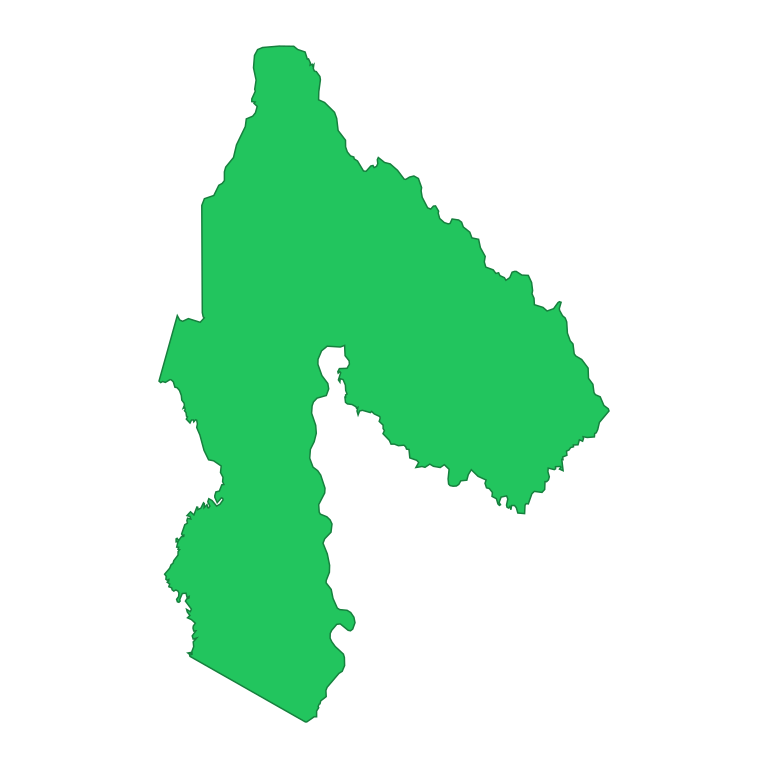 Nechí, Antioquia, Colombia (Equal Earth projection)
{"feature_id": "7082276B35655798439233", "entity_name": "Nechí", "entity_type": "district", "adm_level": 2, "iso_a3": "COL", "parent_name": "Colombia", "parent_adm1": "Antioquia", "projection": "equal_earth", "projection_center": [-74.812, 7.985], "detail": "fine", "context": "isolated", "style": "filled", "palette": "green", "viewbox_px": 768, "rotation_deg": 0, "n_neighbors": 0, "source": "geoboundaries", "source_scale": "gbopen_adm2", "svg_char_len": 6106}
<svg xmlns="http://www.w3.org/2000/svg" viewBox="0 0 768 768"><path d="M547.1,311.0L543.0,307.4L534.4,304.7L534.0,298.2L532.0,293.8L532.6,290.6L531.6,282.5L528.3,275.4L521.9,275.1L516.2,271.4L514.5,271.4L512.1,272.2L509.8,277.6L505.9,280.3L504.4,277.7L499.9,275.6L498.6,272.8L495.8,273.4L493.3,269.9L485.8,267.1L484.3,261.9L485.2,256.4L480.4,247.7L478.6,239.3L471.9,237.9L469.8,232.2L463.3,227.0L461.6,222.2L458.7,220.0L452.1,219.0L450.1,223.4L448.3,223.9L444.3,222.6L439.7,218.5L438.2,213.2L438.6,211.2L435.5,205.9L433.4,206.1L430.7,209.1L427.6,207.8L422.2,197.3L421.1,190.8L421.6,187.6L418.4,178.5L413.9,176.0L409.5,177.1L405.8,179.4L404.2,179.2L397.5,170.3L390.2,163.9L384.6,162.5L378.3,157.5L377.3,159.7L377.8,163.7L376.5,166.4L374.1,167.6L373.0,165.5L370.8,166.0L366.1,171.3L363.5,171.0L357.5,161.0L354.2,158.9L353.8,157.0L350.5,155.9L347.3,151.9L345.6,146.9L345.5,140.2L338.1,130.5L336.7,118.4L334.5,112.3L324.6,102.5L318.6,99.8L318.8,91.7L320.4,79.8L319.9,76.5L316.3,71.6L314.4,71.1L313.3,68.5L313.8,64.6L312.7,65.9L312.1,64.2L310.1,65.2L310.4,63.0L308.5,58.9L307.3,59.1L305.1,52.0L297.7,49.5L293.8,46.3L279.1,46.1L262.6,47.5L257.6,49.6L254.5,55.4L253.5,67.8L256.1,80.1L254.7,89.3L255.3,91.2L251.8,98.9L251.8,101.6L255.1,102.0L254.0,103.4L257.2,106.4L255.4,112.8L252.7,116.2L246.3,118.9L245.3,126.6L236.5,144.8L233.5,157.5L225.7,167.1L224.4,171.8L224.4,180.6L222.2,183.4L218.8,185.3L213.8,195.5L204.4,198.7L201.8,205.4L202.3,312.6L203.2,316.8L204.3,317.8L200.2,322.3L188.4,318.6L182.6,321.3L179.7,320.0L177.3,315.6L159.0,381.1L160.7,382.6L162.6,381.5L165.4,382.4L170.0,379.6L171.3,379.9L173.3,381.8L174.9,387.2L177.1,387.7L179.5,390.5L181.3,395.4L181.8,400.1L184.1,403.2L184.4,405.3L183.2,408.3L184.7,407.5L185.2,409.5L184.5,410.7L186.0,412.5L186.5,416.2L187.5,416.9L186.3,419.1L190.0,423.0L191.5,420.0L193.4,420.0L193.8,421.8L195.5,419.8L196.7,420.2L197.4,424.0L196.7,427.5L199.9,435.0L204.0,450.3L208.6,459.8L213.6,460.8L221.2,466.0L220.5,472.5L223.0,477.3L222.6,481.6L223.9,484.5L221.8,484.8L219.4,491.0L215.9,491.9L214.8,495.6L214.8,497.3L217.2,502.7L221.4,497.8L222.7,498.4L223.1,499.8L220.0,504.2L216.6,506.1L212.0,500.5L208.8,498.7L207.8,501.8L209.9,506.1L208.7,507.9L207.8,507.7L207.0,504.7L204.1,507.7L204.4,503.7L203.5,502.8L200.9,508.1L197.9,509.6L197.7,507.2L196.9,507.0L193.9,514.9L190.5,511.8L187.0,515.6L190.0,516.5L190.8,519.0L187.6,518.2L186.9,520.4L187.4,523.2L184.8,524.7L181.6,534.0L182.3,535.2L183.9,535.1L183.7,536.4L181.3,536.8L178.7,540.5L177.1,538.3L176.1,538.9L176.1,541.9L178.0,541.6L176.7,547.1L178.7,547.3L178.0,549.3L179.6,549.7L178.1,551.5L178.0,555.1L173.8,560.6L173.0,563.3L171.1,564.7L169.7,568.2L164.6,574.2L166.2,576.3L165.9,579.3L167.1,580.2L168.8,579.4L168.7,580.9L167.2,582.2L169.7,584.0L168.8,586.7L171.7,587.9L172.1,589.8L173.8,591.1L175.8,590.0L177.8,590.9L178.9,592.9L178.6,596.6L176.6,599.3L177.4,601.8L178.9,602.3L180.1,601.2L179.8,599.3L182.3,593.5L186.0,593.2L187.1,597.5L189.2,596.4L189.0,598.0L186.8,598.9L185.4,601.1L191.4,609.1L190.3,611.6L186.6,609.4L187.3,612.0L189.9,615.5L187.5,617.8L191.4,619.6L195.3,623.2L193.3,626.0L193.0,628.1L193.7,631.0L195.9,630.8L192.2,635.9L193.2,639.1L196.7,638.0L193.2,641.9L193.7,646.7L191.9,651.4L192.0,654.4L191.3,654.6L190.6,652.5L187.9,653.0L189.4,654.1L190.0,656.4L305.3,721.9L306.8,721.9L314.1,716.8L316.6,716.8L316.6,711.0L318.7,707.7L318.1,706.6L319.1,704.2L320.0,703.8L320.7,700.9L326.2,696.6L325.9,690.5L327.1,687.3L338.9,673.4L342.2,671.3L344.6,665.6L344.4,657.5L343.4,654.1L335.2,646.5L331.8,641.8L330.1,638.2L330.2,633.5L331.7,630.3L336.8,624.3L340.3,623.9L348.1,630.3L350.5,630.8L352.7,629.1L355.0,622.7L353.9,617.2L350.7,612.5L347.1,610.3L339.7,609.6L337.3,608.1L333.0,598.4L331.2,589.4L326.1,582.8L326.2,580.5L329.4,572.3L329.6,565.3L327.3,553.9L323.0,543.2L324.7,538.8L331.0,532.2L332.0,524.0L330.1,519.9L326.9,516.8L320.3,514.1L319.2,512.1L318.7,504.6L324.7,493.0L325.0,488.2L320.7,475.1L317.7,470.7L313.0,467.1L309.7,458.2L310.4,449.3L314.2,441.7L316.3,433.3L315.7,425.3L311.6,413.2L312.1,405.9L313.5,401.9L317.1,398.1L326.3,395.5L328.7,388.9L327.8,383.5L321.9,375.6L317.9,364.3L318.0,359.3L321.6,350.8L327.2,346.2L340.4,347.0L344.6,345.4L345.1,355.7L349.1,360.8L349.4,364.2L347.0,368.3L339.4,368.6L337.8,371.7L338.2,373.1L339.8,371.6L340.7,372.7L338.4,379.9L339.9,382.1L340.2,378.7L343.1,379.6L345.4,385.1L345.7,390.5L347.1,394.0L345.6,394.9L345.6,397.3L344.9,397.2L345.5,402.3L347.4,403.9L352.0,404.5L355.9,406.7L356.5,408.1L357.9,407.4L357.0,411.0L358.1,414.9L359.6,411.0L362.4,410.3L370.4,412.6L371.6,411.4L374.2,413.9L379.7,416.5L380.2,418.1L379.2,421.4L383.1,425.1L383.1,428.6L384.4,430.6L383.0,433.7L389.4,440.4L391.0,444.1L394.4,444.1L398.4,445.7L403.9,445.2L405.7,446.8L406.5,449.1L409.0,449.5L409.8,457.9L416.7,460.3L418.7,462.5L415.9,467.5L422.0,466.5L425.0,467.3L429.8,464.1L433.4,466.3L440.2,467.5L444.3,464.7L449.1,469.3L448.1,478.9L448.6,484.0L450.1,485.6L453.1,486.2L456.4,486.0L458.8,484.4L460.8,480.8L466.8,480.2L468.3,474.6L471.3,469.7L478.0,476.3L486.1,480.0L485.0,483.3L486.5,487.8L489.4,488.6L492.4,492.5L492.0,496.4L496.4,498.7L497.9,503.9L499.4,505.4L500.5,504.7L499.1,502.4L501.1,497.1L506.6,495.9L507.8,499.0L506.5,505.1L507.1,507.3L508.6,508.0L509.8,506.5L510.9,509.7L511.6,505.5L514.5,505.5L516.3,507.7L517.8,513.0L524.6,513.6L525.0,505.2L526.2,503.6L528.3,503.9L531.9,493.7L534.3,491.4L542.0,492.4L544.7,489.5L545.0,481.6L546.6,481.7L548.5,479.8L549.3,476.8L547.9,471.7L548.2,468.1L554.3,469.6L555.6,468.8L555.5,466.7L560.3,466.4L560.9,467.2L559.5,469.1L563.1,470.7L561.8,459.4L563.0,459.6L562.7,457.0L566.9,455.3L566.5,451.1L569.0,450.0L570.6,447.6L573.5,446.8L573.3,445.0L578.0,444.8L579.4,439.8L582.6,441.2L583.5,438.5L583.1,436.7L587.2,437.5L594.4,436.9L594.7,433.5L596.2,432.8L597.7,429.6L599.4,422.4L609.0,411.0L608.3,408.8L603.9,405.5L600.2,396.8L595.4,394.7L594.0,392.6L592.9,384.3L588.5,378.3L588.1,368.1L581.8,359.6L575.8,356.0L574.2,353.8L573.0,344.0L570.2,340.8L567.4,333.1L566.7,321.9L565.2,318.0L562.5,315.7L559.6,310.4L559.3,308.5L561.1,302.3L559.4,301.7L558.0,302.6L553.6,308.7L547.1,311.0Z" fill="#22c55e" stroke="#15803d" stroke-width="1.5"/></svg>